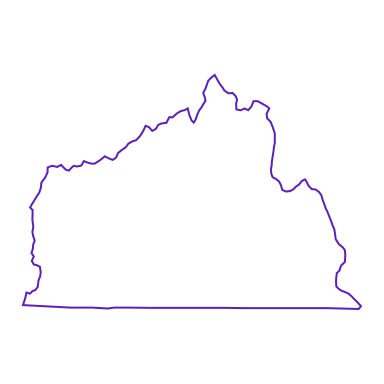 outline of Lajinha, Minas Gerais, Brazil
{"feature_id": "56859067B94154518020811", "entity_name": "Lajinha", "entity_type": "district", "adm_level": 2, "iso_a3": "BRA", "parent_name": "Brazil", "parent_adm1": "Minas Gerais", "projection": "equal_earth", "projection_center": [-41.582, -20.12], "detail": "fine", "context": "isolated", "style": "outline", "palette": "violet", "viewbox_px": 384, "rotation_deg": 0, "n_neighbors": 0, "source": "geoboundaries", "source_scale": "gbopen_adm2", "svg_char_len": 2364}
<svg xmlns="http://www.w3.org/2000/svg" viewBox="0 0 384 384"><path d="M47.7,167.4L47.5,172.5L45.1,177.7L41.4,182.5L40.9,187.6L39.2,192.8L36.7,196.4L34.4,200.3L32.1,203.9L30.1,207.5L32.6,210.0L32.6,214.1L32.4,220.0L33.3,226.4L32.4,232.0L33.1,235.8L34.7,240.4L33.2,244.6L32.8,248.9L31.5,253.0L33.8,256.4L31.8,260.9L33.8,264.5L36.6,265.1L39.9,266.8L40.7,272.3L40.2,276.2L38.5,280.5L37.8,286.7L35.4,290.0L32.5,291.1L30.0,293.6L26.5,292.6L25.2,298.3L23.0,305.1L70.3,307.6L92.0,307.6L108.1,308.5L114.2,307.6L125.6,307.6L128.6,307.6L154.8,307.9L171.9,307.9L177.6,307.9L196.9,307.9L227.3,307.9L241.6,308.1L272.8,308.1L290.0,308.1L295.8,308.1L301.2,308.1L322.7,308.1L326.5,308.1L358.6,309.0L361.0,306.2L357.2,302.0L353.9,298.8L351.7,296.4L348.5,293.6L344.9,292.0L341.4,290.7L338.6,288.8L336.3,286.3L336.0,281.4L336.3,277.1L336.8,273.1L339.4,270.7L341.0,265.8L344.9,261.9L345.3,254.9L344.9,250.2L342.7,247.3L338.8,244.1L335.7,239.1L335.0,233.7L334.3,229.3L332.7,225.7L331.0,220.7L328.8,215.3L327.4,211.7L325.8,208.5L324.2,203.9L322.6,199.7L321.3,195.1L319.0,192.0L315.9,189.6L311.7,189.0L308.6,185.9L307.0,182.5L305.1,179.4L301.9,180.9L299.0,184.6L296.3,186.3L293.5,189.2L290.1,191.1L285.9,191.5L282.3,189.9L280.9,185.1L279.1,181.5L275.8,178.9L272.6,177.2L271.3,173.6L270.9,169.7L271.7,165.0L271.9,161.1L272.7,156.3L273.4,151.8L274.0,146.9L274.8,142.9L274.8,138.4L274.8,133.3L272.6,126.8L270.6,121.8L267.2,118.4L266.6,113.8L269.3,108.3L266.3,106.0L262.2,103.7L257.7,101.2L253.5,101.2L251.4,106.5L248.2,110.2L244.6,108.5L240.6,110.3L236.4,109.4L236.1,103.6L237.1,100.0L235.9,96.4L232.6,93.0L228.4,93.3L224.4,90.5L222.2,87.0L219.9,84.2L217.5,80.0L214.7,75.0L211.4,77.5L208.2,80.8L207.0,84.3L205.5,88.6L203.2,92.9L204.7,96.9L205.5,100.8L203.4,104.0L201.6,107.2L199.2,110.4L197.1,115.0L195.7,119.4L193.8,122.6L191.5,120.3L189.4,115.2L187.7,108.4L184.5,110.2L180.8,111.1L176.8,113.5L172.5,117.4L169.4,117.1L166.4,122.8L161.3,123.5L158.2,124.9L156.0,128.7L152.3,130.9L149.0,127.2L145.6,125.8L143.2,131.0L139.9,136.2L136.1,140.2L132.6,141.3L128.5,143.5L125.7,147.3L121.8,150.0L118.1,153.0L116.1,157.6L112.7,159.9L108.9,158.4L104.8,156.3L101.0,159.5L97.9,161.6L94.5,163.7L90.7,163.5L87.1,162.4L83.9,161.1L81.3,165.6L76.8,166.5L73.7,165.8L71.4,167.9L68.9,170.6L65.8,169.7L63.4,167.3L61.1,164.9L57.2,166.9L52.0,165.8L47.7,167.4Z" fill="none" stroke="#5b21b6" stroke-width="2"/></svg>